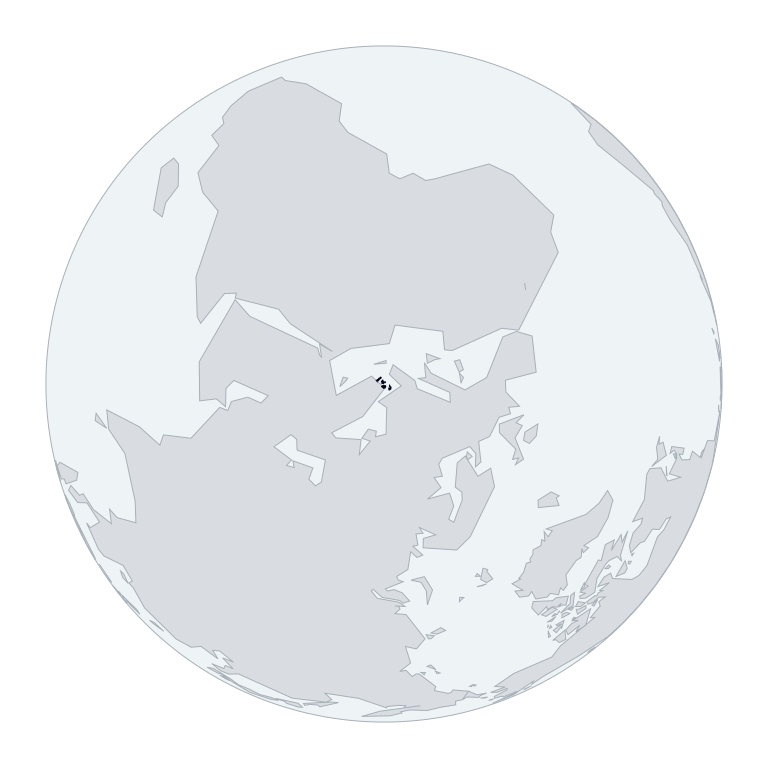 Voreio Aigaio highlighted on a globe, orthographic projection, rotated 155°
{"feature_id": "GRC-2988", "entity_name": "Voreio Aigaio", "entity_type": "Region", "adm_level": 1, "iso_a3": "GRC", "parent_name": "Greece", "parent_adm1": "", "projection": "orthographic", "projection_center": [25.95, 38.775], "detail": "fine", "context": "on_globe", "style": "filled", "palette": "ink", "viewbox_px": 768, "rotation_deg": 155, "n_neighbors": 0, "source": "natural_earth", "source_scale": "10m", "svg_char_len": 13379}
<svg xmlns="http://www.w3.org/2000/svg" viewBox="0 0 768 768"><g transform="rotate(155 384 384)"><circle cx="384" cy="384" r="338" fill="#eef3f6" stroke="#a8b0b8"/><path d="M271.6,65.3L273.5,64.7L263.9,68.1L269.1,66.4L281.5,62.4L288.4,60.3L323.0,55.2L364.1,51.6L376.9,49.4L374.3,51.5L398.4,47.6L420.6,48.8L395.6,48.4L393.1,49.3L408.2,50.0L408.9,51.2L416.6,52.5L416.0,54.2L401.5,54.8L400.9,56.1L411.6,56.7L417.8,59.4L402.2,58.2L411.4,63.0L388.8,66.8L347.3,65.6L334.7,72.1L291.8,83.4L295.7,85.0L281.9,91.5L281.2,96.0L273.5,97.6L279.6,99.9L286.9,97.7L292.0,98.1L292.3,100.8L282.4,103.1L280.8,102.0L278.1,104.2L273.0,104.3L275.7,105.8L263.7,108.7L275.8,110.0L266.5,115.9L258.5,116.8L259.1,111.1L241.9,102.1L234.0,102.7L222.3,108.4L200.6,130.0L191.9,133.6L180.4,142.4L185.2,142.5L195.9,135.8L202.1,139.0L214.5,131.3L218.8,131.8L231.7,126.8L229.9,133.8L221.3,143.6L210.5,148.3L206.3,153.1L216.8,154.1L196.8,169.3L184.0,191.1L178.8,194.9L168.4,191.0L168.0,176.0L154.5,174.1L163.4,182.0L150.3,192.7L148.2,197.6L149.0,201.4L154.0,200.2L149.6,205.7L139.1,199.0L143.0,193.9L146.3,195.8L146.0,189.2L138.9,186.3L132.8,192.7L128.5,183.9L124.1,188.7L120.7,189.9L128.0,182.7L114.8,196.0L108.7,192.9L90.6,218.0L108.2,190.8L114.4,181.3L120.4,172.7L117.3,176.5L121.3,171.4L138.8,151.4L157.9,132.9L178.4,115.9L200.1,100.5L223.0,86.9L246.8,75.2L271.6,65.3ZM57.6,296.4L57.0,299.6L53.6,313.1L57.6,296.4ZM53.4,314.2L55.4,307.3L52.7,320.7L52.2,342.9L51.3,344.5L50.4,381.9L55.3,411.2L56.4,427.5L55.2,431.8L58.3,441.4L58.4,446.1L75.9,483.4L89.3,510.6L91.9,526.3L86.6,531.9L95.7,559.5L92.7,555.2L80.8,533.2L70.6,510.4L62.1,486.9L55.4,462.9L50.5,438.4L47.4,413.6L46.1,388.6L46.7,363.7L49.1,338.8L53.4,314.2ZM89.1,219.1L86.1,225.1L72.0,257.8L75.2,247.4L75.5,247.4L80.0,237.2L87.0,223.1L88.8,219.5L89.1,219.1ZM90.5,221.1L92.5,216.6L91.2,220.0L90.5,221.1ZM291.3,59.3L281.7,62.3L270.2,65.9L278.2,63.1L291.3,59.3ZM313.2,54.6L308.8,55.8L303.5,56.3L307.6,55.4L313.2,54.6ZM386.0,48.1L378.0,48.2L385.5,47.8L386.0,48.1ZM417.7,52.5L419.8,52.2L422.9,53.1L417.7,52.5ZM231.8,123.5L231.7,125.1L229.4,125.1L231.8,123.5ZM237.5,120.0L234.8,118.8L237.1,117.0L238.7,117.8L237.5,120.0ZM425.0,56.7L429.3,58.6L422.4,56.6L425.0,56.7ZM240.2,121.9L241.5,114.1L245.6,111.0L255.1,111.5L240.2,121.9ZM430.2,59.8L441.0,65.2L446.5,64.8L437.1,69.8L431.0,63.0L421.6,60.5L428.5,61.0L430.2,59.8ZM289.0,95.8L281.4,98.3L287.5,93.9L289.0,95.8ZM291.7,93.0L303.3,80.1L314.8,78.4L308.6,82.7L323.2,79.0L323.1,84.3L315.1,87.6L307.7,87.6L313.3,89.8L291.7,93.0ZM430.1,72.1L430.6,73.8L427.3,72.2L430.1,72.1ZM294.5,98.0L295.8,95.3L305.9,93.5L305.0,98.5L302.1,97.5L294.5,98.0ZM327.1,75.7L334.4,75.6L336.4,79.7L339.5,80.3L324.1,84.4L327.1,75.7ZM299.9,99.3L304.4,101.3L299.9,104.7L293.9,100.5L299.9,99.3ZM308.8,91.0L313.5,90.5L310.6,92.3L308.8,91.0ZM286.5,119.1L287.8,115.4L293.2,114.0L286.5,119.1ZM306.3,101.8L307.9,100.6L310.1,99.8L312.0,101.9L306.3,101.8ZM326.5,87.3L325.8,89.2L332.9,85.8L334.7,89.2L324.1,91.4L329.4,91.9L329.9,93.0L320.7,93.7L326.5,87.3ZM320.8,101.7L308.0,106.5L304.3,113.4L299.4,114.6L306.2,103.4L320.8,101.7ZM321.5,96.9L320.0,100.1L314.7,99.8L312.6,97.4L321.5,96.9ZM339.6,90.9L339.7,85.0L342.0,84.8L339.6,90.9ZM320.8,103.7L323.9,102.6L321.1,104.2L320.8,103.7ZM335.0,94.8L334.7,92.6L337.4,92.4L335.0,94.8ZM330.3,102.3L326.2,103.7L324.5,102.0L330.3,102.3ZM333.3,98.9L337.0,99.1L326.5,100.6L332.7,97.9L333.3,98.9ZM337.5,94.9L339.0,94.1L337.3,95.9L337.5,94.9ZM338.8,108.3L325.9,110.6L322.4,106.6L335.4,104.9L338.8,108.3ZM179.0,518.9L158.7,465.3L168.7,451.4L170.5,429.6L239.2,375.9L253.8,384.8L308.0,385.5L314.7,389.4L308.4,406.9L349.1,432.7L362.2,418.4L399.0,430.2L423.4,428.2L432.1,393.8L392.0,396.4L385.0,379.9L417.0,363.5L452.0,361.9L450.4,355.5L428.3,343.3L436.3,330.3L420.6,338.1L427.0,344.2L417.3,349.7L410.9,344.5L414.0,339.8L403.4,337.6L391.5,361.5L396.7,370.4L369.1,375.0L375.1,390.5L367.6,397.6L354.6,374.2L355.8,365.6L331.7,339.4L327.9,348.6L350.4,374.4L343.4,372.1L338.4,386.2L336.7,373.8L313.1,344.4L288.2,346.5L256.4,376.4L241.8,375.7L229.5,364.9L241.1,330.4L272.4,336.1L276.9,325.2L270.6,306.5L280.7,310.2L281.9,303.6L293.8,305.2L310.5,291.8L322.5,291.9L329.1,272.4L336.2,270.2L330.2,282.1L332.6,291.0L362.5,292.1L368.3,288.1L370.1,275.7L378.1,278.1L376.1,266.0L393.3,261.3L370.7,257.4L372.3,244.0L382.6,234.1L379.1,229.3L362.2,245.7L359.1,253.1L363.0,260.4L351.0,281.5L340.8,284.4L337.9,260.6L322.9,262.6L327.2,244.3L370.3,209.2L388.2,202.8L417.8,219.0L413.6,227.4L400.9,225.4L412.6,239.1L411.7,232.2L418.3,234.6L421.5,223.6L426.4,224.8L421.1,212.5L427.4,212.9L430.7,220.7L440.8,205.8L453.9,204.2L453.9,200.3L450.1,196.7L469.3,197.7L468.4,194.9L461.8,193.4L455.7,187.0L452.5,176.4L459.3,177.3L461.4,181.3L476.0,191.4L480.5,202.5L483.0,201.9L480.7,192.6L462.8,180.0L458.9,173.5L468.1,178.2L464.5,176.0L464.7,173.1L471.3,171.3L461.5,165.8L454.5,135.7L466.6,130.2L475.5,137.1L477.8,119.9L491.2,116.8L485.1,115.2L482.1,106.9L477.8,107.7L474.7,106.4L464.9,87.8L467.9,84.8L456.8,76.6L453.6,76.0L450.8,77.6L437.1,69.8L446.5,64.8L453.2,66.3L454.6,62.9L469.7,67.2L482.8,69.8L498.4,77.7L507.4,79.8L506.9,78.3L518.7,80.7L544.8,92.2L525.9,89.1L487.2,77.1L503.2,82.1L500.2,83.2L506.4,86.5L517.6,90.4L518.5,89.4L539.9,109.9L568.3,128.8L564.7,120.1L570.9,120.1L600.0,138.1L638.5,182.8L647.1,186.6L653.3,193.2L658.2,203.3L649.4,193.8L646.8,196.0L641.1,189.7L646.0,203.9L638.0,195.5L645.7,211.5L651.9,215.1L650.6,205.0L660.7,223.5L670.0,226.9L680.2,240.8L695.6,282.2L697.4,305.6L699.4,311.5L695.3,311.9L697.1,329.8L710.5,346.5L712.6,355.1L712.2,383.8L710.9,377.9L700.2,379.1L703.4,401.8L711.7,406.0L714.8,421.0L710.7,424.4L707.0,411.8L703.1,411.7L700.4,393.0L690.1,372.5L685.6,386.6L682.4,375.7L667.5,363.1L659.1,382.8L648.2,430.4L652.6,459.3L646.2,477.7L623.8,448.6L613.0,423.3L605.4,431.1L581.9,416.4L542.8,432.2L536.8,426.0L529.6,432.6L512.9,429.6L503.6,418.7L493.8,422.3L518.6,450.7L529.1,446.8L537.2,430.4L542.2,441.4L558.2,446.6L542.1,482.2L483.3,523.3L477.0,502.0L429.0,444.7L430.1,437.0L429.9,436.2L429.3,434.7L425.5,447.4L417.0,435.2L443.3,478.0L448.0,496.4L482.5,524.7L479.4,528.8L490.4,533.4L524.5,516.5L524.9,523.7L509.1,560.6L461.2,610.8L467.3,634.5L463.3,654.2L432.8,669.9L435.0,682.2L419.1,687.7L417.7,694.0L404.7,700.9L383.2,706.7L347.1,705.5L345.3,700.8L327.9,689.1L304.0,656.0L313.5,641.2L310.5,627.4L284.4,591.3L290.1,572.9L283.0,563.3L268.5,562.7L260.2,550.8L251.4,548.5L196.0,539.1L179.0,518.9ZM215.8,409.5L214.0,415.9L214.0,416.0L215.8,409.5ZM489.7,377.4L510.3,373.6L499.9,354.2L506.9,351.4L500.8,346.2L499.0,352.9L483.9,338.0L492.3,329.5L489.2,320.6L482.2,321.6L469.2,339.9L490.7,360.8L486.5,370.8L489.7,377.4ZM52.3,343.4L51.8,349.1L51.5,345.5L52.3,343.4ZM73.2,251.5L71.4,256.2L69.6,260.7L70.5,258.0L73.2,251.5ZM64.0,289.6L63.2,296.2L63.0,291.8L64.0,289.6ZM70.3,262.7L64.6,285.0L64.5,278.5L68.5,264.8L67.2,270.8L70.3,262.7ZM86.3,226.7L84.6,230.4L83.4,232.1L86.3,226.7ZM89.5,223.7L89.8,222.8L91.6,219.5L89.5,223.7ZM150.9,193.0L151.6,193.7L151.3,198.3L149.2,197.6L150.9,193.0ZM163.7,211.6L156.3,220.1L160.1,213.2L155.7,213.4L158.2,200.0L176.4,196.1L167.7,200.0L163.7,211.6ZM166.6,182.0L162.9,190.3L166.2,181.4L166.6,182.0ZM277.3,268.7L281.3,273.9L276.7,280.8L261.4,282.8L267.9,272.6L277.3,268.7ZM288.0,279.9L289.3,256.9L298.9,255.4L293.3,260.0L299.4,261.3L292.1,269.2L299.9,291.1L296.4,298.9L270.2,297.0L280.7,293.0L276.2,287.9L288.0,279.9ZM276.0,207.9L276.7,199.9L296.4,206.8L293.5,213.6L278.1,215.5L272.5,208.6L276.0,207.9ZM256.8,125.0L255.8,122.9L258.6,122.0L261.6,123.2L256.8,125.0ZM286.7,117.5L264.1,133.9L261.8,132.1L251.3,144.9L241.2,145.4L248.3,137.0L232.7,147.4L235.0,140.0L225.1,147.9L242.0,128.9L243.5,123.3L245.7,129.2L255.0,128.8L259.4,126.9L273.2,117.7L281.0,106.2L291.5,104.7L296.8,106.6L296.5,109.1L289.8,109.2L294.2,112.5L284.3,114.6L286.7,117.5ZM352.8,141.0L345.2,138.3L352.4,148.8L342.5,149.5L344.0,150.7L336.9,154.5L330.7,161.4L326.3,160.7L325.8,163.7L321.1,166.6L319.0,170.7L310.2,171.1L306.9,176.3L304.6,173.6L301.2,182.6L299.8,176.2L293.5,179.9L298.2,184.1L256.0,180.4L239.4,185.1L226.4,192.9L225.7,181.9L237.4,168.2L255.0,155.5L271.1,153.1L267.8,149.1L274.6,146.9L274.3,151.0L278.7,143.5L284.2,142.9L299.9,134.0L302.8,124.4L308.7,121.2L310.2,124.7L314.9,119.2L321.8,123.9L326.1,121.9L337.3,125.0L337.8,133.6L342.6,130.8L351.3,133.5L352.8,141.0ZM341.8,109.4L344.7,118.6L340.7,123.8L323.0,116.4L318.1,117.5L306.6,113.8L312.6,106.6L315.3,108.2L319.4,108.2L315.9,110.4L321.7,108.7L325.7,111.0L331.3,110.4L330.7,113.5L341.8,109.4ZM322.5,383.3L327.7,384.6L335.9,384.5L332.9,393.7L322.5,383.3ZM306.0,363.5L310.8,362.9L310.6,375.0L305.1,374.0L306.0,363.5ZM313.6,352.6L311.1,361.9L309.2,356.3L313.6,352.6ZM334.7,281.1L339.8,280.0L340.2,282.9L337.3,287.2L334.7,281.1ZM372.2,175.2L368.4,172.1L370.0,170.7L367.8,161.5L374.9,160.6L379.0,165.9L372.2,175.2ZM425.2,400.3L418.1,407.5L414.4,404.6L417.6,402.7L425.2,400.3ZM373.2,402.0L385.0,406.2L372.3,404.4L373.2,402.0ZM379.6,172.8L377.8,169.0L382.5,171.0L379.6,172.8ZM380.0,159.6L385.5,161.0L375.5,159.5L380.0,159.6ZM519.4,639.0L494.5,674.1L479.1,677.6L477.2,670.2L486.9,650.3L505.2,640.6L514.4,629.1L519.4,639.0ZM716.7,443.4L715.8,447.6L713.8,454.0L715.1,447.2L718.4,432.8L716.7,443.4ZM714.9,447.9L710.7,450.0L698.8,433.2L703.2,426.7L714.4,427.9L713.9,433.1L716.5,434.2L714.9,447.9ZM720.8,411.3L720.5,414.3L719.8,418.6L719.4,407.9L719.7,397.9L720.6,393.1L719.4,347.9L719.9,347.3L721.3,364.1L721.4,365.7L720.8,411.3ZM654.0,461.0L661.3,472.8L657.3,479.1L654.0,461.0ZM715.5,322.2L718.2,341.2L714.6,319.2L715.5,322.2ZM711.3,304.0L712.9,309.2L711.7,307.0L711.3,304.0ZM702.6,319.2L701.8,325.9L700.2,322.1L700.1,311.4L702.6,319.2ZM688.1,252.9L694.2,264.2L696.3,269.0L692.9,264.7L688.1,252.9ZM438.0,165.4L433.1,178.6L434.3,188.7L442.4,194.8L428.9,192.4L427.1,176.8L438.0,165.4ZM451.8,139.0L444.7,134.5L449.0,133.3L451.3,134.1L451.8,139.0ZM446.6,138.5L435.5,139.2L432.3,134.6L441.7,134.9L446.6,138.5ZM407.6,154.9L405.6,158.7L401.9,156.8L407.6,154.9ZM713.2,307.9L715.0,316.2L712.1,303.3L713.2,307.9ZM714.5,314.3L712.9,308.3L712.4,305.2L714.5,314.3ZM711.6,301.1L709.5,293.5L710.3,296.0L711.6,301.1ZM708.7,295.5L710.5,297.6L711.0,304.1L703.3,283.7L702.6,278.5L708.7,295.5ZM655.8,189.4L651.8,185.3L648.9,180.0L652.5,184.3L655.8,189.4ZM635.8,161.1L646.8,177.3L654.9,191.5L655.9,191.0L664.0,202.1L658.7,198.2L647.8,181.8L642.9,172.8L635.3,164.6L627.5,154.8L618.6,147.5L613.0,141.7L619.6,145.8L635.8,161.1ZM614.9,144.8L596.7,130.9L594.5,125.5L598.0,127.3L607.3,135.8L607.9,138.0L614.9,144.8ZM591.6,126.2L592.0,128.5L565.9,117.9L559.9,114.5L578.5,118.5L579.9,121.1L586.7,125.1L591.6,126.2ZM434.1,73.8L430.9,73.8L432.5,72.7L434.1,73.8ZM472.4,107.0L468.4,105.0L470.5,103.4L472.4,107.0ZM458.3,99.0L458.8,102.1L455.4,98.4L458.3,99.0ZM460.3,109.6L457.6,103.2L464.2,109.9L460.3,109.6Z" fill="#d9dde1" stroke="#a8b0b8" stroke-width="1"/><path d="M387.0,382.4L387.0,382.5L386.8,382.5L386.7,382.5L386.6,382.4L386.6,382.2L386.3,382.0L386.2,382.1L386.3,382.2L386.5,382.3L386.7,382.5L386.6,382.8L386.2,382.9L385.8,382.8L385.7,382.7L385.2,382.5L384.9,382.5L384.8,382.3L384.7,382.2L384.8,382.1L385.0,382.1L385.1,381.9L385.3,381.9L385.5,381.7L385.3,381.4L385.2,381.5L384.9,381.8L384.7,382.0L384.4,382.1L384.0,382.0L384.0,381.9L383.9,381.9L383.7,381.8L383.6,381.7L383.6,381.4L383.6,381.2L383.8,381.0L383.9,380.9L383.9,381.0L384.1,381.0L384.3,381.0L384.4,380.9L384.5,380.9L384.5,381.0L384.6,380.9L384.9,380.8L385.0,380.8L385.0,380.7L385.0,380.4L385.8,380.4L385.8,380.6L386.1,380.7L386.1,380.8L386.0,381.0L386.3,381.3L386.5,381.6L386.7,381.8L386.8,382.0L387.0,382.3L387.0,382.4ZM385.0,385.4L384.9,385.4L384.9,385.6L384.9,385.8L384.9,386.0L384.9,386.5L385.0,386.8L384.9,386.8L384.7,387.0L384.8,387.2L384.8,387.3L384.6,387.3L384.4,387.4L384.4,387.5L384.2,387.6L384.0,387.4L383.9,387.4L383.8,387.2L383.7,387.3L383.7,387.1L383.7,386.9L383.8,386.9L384.0,386.8L384.1,386.7L384.2,386.3L384.1,386.2L384.0,385.9L383.9,385.8L383.7,385.8L383.7,385.7L383.5,385.4L383.5,385.2L384.2,385.0L384.3,385.0L384.5,385.1L384.7,385.4L384.8,385.3L384.8,385.2L384.9,385.3L385.0,385.4ZM381.7,376.6L381.7,376.8L381.5,377.0L381.4,377.2L381.4,377.3L381.2,377.4L381.2,377.5L381.3,377.6L381.4,377.8L381.3,378.0L381.2,378.0L381.1,377.9L380.9,377.7L381.0,377.4L380.9,377.3L380.8,377.2L380.6,377.4L380.6,377.5L380.7,377.8L380.3,377.8L380.5,377.7L380.4,377.6L380.0,377.7L379.9,377.7L380.0,377.6L379.9,377.6L379.9,377.4L380.0,377.4L379.9,377.4L380.0,377.3L380.0,377.2L379.9,377.1L379.9,376.9L380.0,376.8L380.3,376.7L380.4,376.8L380.5,376.8L380.7,376.7L380.8,376.7L380.9,376.8L381.0,377.0L381.2,376.9L381.3,376.9L381.4,376.7L381.5,376.6L381.7,376.6ZM389.1,390.1L389.2,390.3L389.1,390.2L388.9,390.3L388.5,390.4L388.4,390.5L388.0,390.6L387.9,390.6L387.8,390.4L387.7,390.3L387.5,390.2L387.5,390.3L387.4,390.3L387.2,390.3L387.1,390.5L387.1,390.4L387.0,390.5L387.0,390.4L386.9,390.2L387.0,390.0L387.1,389.9L387.3,389.8L387.8,389.6L388.0,389.6L388.3,389.8L388.5,389.9L388.7,390.0L388.8,390.0L388.7,389.9L388.8,389.8L388.9,389.7L388.9,389.8L389.0,389.9L389.0,390.0L389.1,390.1ZM385.9,390.4L385.8,390.6L385.7,390.7L385.3,391.1L385.2,391.1L384.8,391.2L384.7,391.2L384.7,391.3L384.4,391.4L384.2,391.4L384.1,391.2L384.3,391.1L384.4,390.9L384.5,390.7L385.0,390.7L385.3,390.7L385.5,390.5L385.7,390.4L385.9,390.4ZM382.3,385.0L382.5,385.1L382.4,385.4L382.2,385.4L382.2,385.2L382.3,385.0L382.3,385.0ZM379.7,379.3L379.9,379.4L379.9,379.6L379.6,379.9L379.6,379.6L379.7,379.4L379.7,379.3Z" fill="#0f172a" stroke="#020617" stroke-width="1.5"/></g></svg>